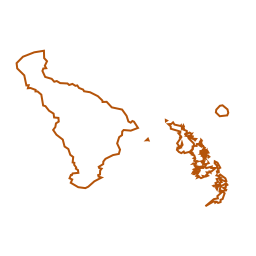 the district of Tojo Una-Una, Sulawesi Tengah, Indonesia, rotated 82°
{"feature_id": "22746128B20933115656615", "entity_name": "Tojo Una-Una", "entity_type": "district", "adm_level": 2, "iso_a3": "IDN", "parent_name": "Indonesia", "parent_adm1": "Sulawesi Tengah", "projection": "natural_earth1", "projection_center": [121.803, -0.873], "detail": "fine", "context": "isolated", "style": "outline", "palette": "amber", "viewbox_px": 256, "rotation_deg": 82, "n_neighbors": 0, "source": "geoboundaries", "source_scale": "gbopen_adm2", "svg_char_len": 5764}
<svg xmlns="http://www.w3.org/2000/svg" viewBox="0 0 256 256"><g transform="rotate(82 128 128)"><path d="M152.4,140.7L148.3,138.9L141.8,140.9L135.8,138.0L134.2,134.9L130.7,134.2L129.4,132.6L131.0,125.6L129.3,118.1L122.6,121.2L121.7,122.7L123.1,124.6L121.6,126.7L115.8,127.7L108.9,131.3L105.3,141.2L99.1,145.5L98.7,149.6L97.2,149.6L92.3,153.4L87.3,160.6L85.5,166.4L83.7,167.1L81.5,171.0L78.8,172.3L78.9,174.2L76.6,176.9L77.2,180.3L75.5,181.7L74.1,188.9L71.6,192.0L71.9,194.6L68.7,196.7L65.9,202.9L59.6,204.8L57.3,203.6L57.4,200.7L54.8,201.7L50.6,198.9L47.1,201.3L39.8,200.5L40.0,210.3L42.8,222.1L48.3,229.3L53.6,229.4L61.4,223.4L71.7,222.7L71.8,220.4L74.7,221.6L74.8,219.0L77.4,214.2L78.9,214.5L79.2,212.5L82.9,209.2L93.9,208.9L94.9,206.7L99.9,203.8L103.4,199.7L107.3,199.7L108.3,195.5L112.0,195.7L113.4,198.7L116.9,199.8L119.5,202.4L124.7,199.8L130.4,194.2L137.5,193.4L140.5,190.0L146.5,188.9L149.1,186.3L154.4,187.6L155.0,186.0L157.0,186.4L159.8,184.8L161.0,185.3L162.7,183.4L165.5,183.4L165.3,189.2L166.8,190.1L166.6,191.1L169.7,192.9L171.2,190.4L174.3,192.3L179.7,185.5L181.6,178.6L180.6,175.5L176.1,168.7L173.4,161.1L172.0,163.9L170.5,164.1L170.1,162.2L166.3,161.5L164.6,159.8L163.6,162.1L162.4,162.4L160.3,157.6L157.8,157.1L155.4,154.6L152.7,146.5L152.4,140.7ZM152.5,65.0L146.7,69.4L145.3,69.7L145.0,68.7L144.4,70.2L143.9,66.8L142.7,65.8L142.9,67.0L142.5,66.1L141.1,67.7L142.7,71.9L142.1,72.3L141.7,72.1L141.0,70.3L139.1,70.2L137.1,73.6L133.8,73.3L135.3,74.6L133.8,74.4L131.1,81.5L128.7,82.6L130.0,84.5L129.8,87.6L132.3,85.5L134.7,85.7L138.8,76.7L140.0,76.9L140.2,78.8L143.1,77.0L144.2,77.6L144.1,76.5L144.4,76.4L150.0,81.5L153.7,79.7L153.0,77.7L150.3,76.6L152.3,76.3L154.9,78.9L155.5,80.8L154.7,81.9L156.4,82.6L158.8,80.9L160.3,78.7L159.1,76.1L160.7,75.6L160.1,69.4L159.7,69.6L157.7,67.0L155.2,66.6L155.1,65.9L154.4,65.0L152.5,65.0ZM165.0,54.4L161.7,53.6L162.1,54.0L161.0,54.9L162.2,56.3L163.0,55.4L163.3,56.0L163.8,54.8L163.7,56.8L165.2,56.0L164.8,56.8L166.4,57.4L165.9,58.7L164.8,57.7L165.2,59.5L164.1,57.3L163.8,58.9L163.4,57.7L162.9,58.8L162.1,58.0L162.7,59.8L160.9,59.5L161.0,57.2L159.9,57.0L159.9,55.2L159.3,56.1L157.9,55.8L159.0,55.6L158.3,54.7L154.8,58.0L156.3,58.2L155.0,59.8L153.6,59.5L153.5,62.1L155.3,62.5L154.9,64.8L156.2,66.5L157.8,66.6L160.2,69.0L161.9,67.3L163.7,67.6L164.3,66.2L166.5,65.8L167.1,67.1L168.0,65.8L169.7,67.0L170.4,65.8L171.0,66.5L170.2,64.4L170.8,63.4L171.2,66.0L172.9,65.6L172.9,66.8L174.6,67.2L176.2,66.5L176.6,65.1L175.3,65.5L176.0,63.9L176.9,64.7L177.7,63.1L176.4,62.0L176.8,56.8L174.5,55.4L174.5,58.6L172.0,57.3L172.7,59.1L171.2,60.3L171.0,58.5L169.5,57.1L167.3,57.6L168.7,55.7L166.5,56.6L166.0,56.0L167.3,55.7L166.5,55.8L166.2,53.7L165.0,54.4ZM182.7,51.5L179.8,46.8L179.2,51.0L177.9,50.5L178.6,56.1L176.9,57.6L177.0,59.1L178.0,59.1L177.6,62.4L179.7,63.0L177.2,64.8L179.0,65.6L179.1,66.6L179.1,67.4L179.7,67.0L180.0,69.1L181.2,70.0L180.7,67.3L182.4,68.3L181.9,66.1L180.6,65.7L180.8,63.5L184.9,66.9L185.3,65.2L186.8,66.2L186.3,64.4L187.8,62.7L187.0,59.7L186.1,60.2L186.9,57.8L186.3,55.4L185.4,56.2L186.1,57.8L183.9,55.3L183.0,55.9L183.3,53.7L182.1,53.6L182.8,53.4L183.2,52.9L182.4,53.1L182.7,51.5ZM198.1,37.5L196.4,38.5L198.9,44.5L202.3,45.9L203.0,44.3L203.9,46.0L205.0,44.5L207.9,49.0L210.2,48.8L210.4,52.9L216.2,62.2L212.8,54.0L213.0,52.1L214.1,52.0L213.4,50.4L214.7,49.3L214.2,46.6L212.0,46.3L211.5,44.2L206.1,41.4L203.9,43.1L202.7,39.6L200.6,41.8L200.4,39.5L198.8,39.2L198.1,37.5ZM126.9,26.6L123.4,26.9L118.7,31.2L118.8,33.9L122.1,38.0L124.8,38.8L129.1,35.5L129.3,28.0L126.9,26.6ZM194.2,38.0L191.4,38.6L186.9,43.2L188.4,45.1L190.2,43.1L190.9,47.3L193.7,46.3L194.7,49.0L197.8,47.5L196.6,49.1L197.1,49.8L199.1,47.5L198.0,46.2L196.7,46.9L197.0,44.5L195.0,45.0L194.6,42.9L192.3,44.2L191.8,43.4L194.4,39.1L194.2,38.0ZM180.2,42.2L174.8,44.2L173.1,46.7L174.9,47.1L178.0,44.9L179.5,45.5L180.8,43.9L180.2,42.2ZM184.8,45.8L184.3,44.2L182.9,44.2L183.3,46.0L184.8,45.8ZM147.8,64.3L149.5,63.3L148.3,62.1L147.8,64.3ZM155.4,56.9L152.6,57.7L152.9,58.9L154.2,58.5L155.4,56.9ZM154.8,78.9L153.5,80.4L154.5,81.3L155.1,80.8L154.8,78.9ZM143.1,109.4L141.4,109.8L142.7,111.6L142.8,110.3L143.1,109.4ZM147.2,66.2L145.6,66.7L145.6,67.4L146.1,67.9L147.2,66.2ZM152.6,58.2L151.9,57.3L151.2,58.2L151.8,58.7L152.6,58.2ZM125.4,89.4L126.6,89.5L126.1,88.4L125.4,89.4ZM187.9,45.5L187.0,46.6L187.3,46.9L187.9,45.5ZM161.4,69.7L160.3,69.2L160.8,70.3L161.4,69.7ZM145.0,65.8L145.9,65.3L145.3,65.0L145.0,65.8ZM163.7,52.8L163.6,51.8L162.6,52.2L163.7,52.8ZM179.0,65.9L178.0,66.2L177.9,66.7L178.1,66.3L178.8,67.0L179.0,65.9ZM197.6,51.1L196.9,50.3L197.2,51.5L197.6,51.1ZM167.2,52.0L168.1,52.1L167.8,51.5L167.2,52.0ZM173.4,53.3L174.1,53.5L174.0,53.0L173.4,53.3ZM172.3,68.3L171.7,67.6L172.3,68.5L172.3,68.3ZM150.4,57.3L150.3,56.9L149.9,57.2L150.4,57.3ZM171.9,58.9L172.3,59.1L172.3,58.7L171.9,58.9ZM167.4,55.1L167.4,54.6L166.8,54.9L167.4,55.1ZM180.8,44.8L180.6,44.2L180.5,44.8L180.8,44.8ZM200.5,48.7L201.2,48.4L200.8,48.2L200.5,48.7ZM162.8,68.6L162.6,68.0L162.2,68.6L162.8,68.6ZM142.4,72.0L141.8,72.1L142.3,72.2L142.4,72.0ZM178.4,66.9L178.0,66.9L178.5,67.8L178.4,66.9ZM169.0,56.0L169.4,55.3L168.9,55.9L169.0,56.0ZM173.4,67.4L173.1,66.9L172.8,67.4L173.4,67.4ZM163.0,56.0L162.5,55.9L162.8,56.6L163.0,56.0ZM178.3,68.1L177.8,67.5L178.1,68.4L178.3,68.1ZM181.5,64.8L181.2,64.2L181.2,64.8L181.5,64.8ZM203.4,39.6L202.7,39.4L203.4,39.7L203.4,39.6ZM183.0,68.4L182.6,68.0L182.9,68.7L183.0,68.4ZM134.9,72.8L134.4,72.4L134.1,72.5L134.9,72.8ZM161.7,53.9L161.0,53.9L161.1,54.1L161.7,53.9ZM136.2,73.1L135.2,72.7L136.1,73.2L136.2,73.1ZM156.1,56.0L155.7,56.0L155.3,55.9L155.6,56.1L156.1,56.0ZM136.6,72.9L137.0,72.6L137.0,72.0L136.6,72.9ZM131.7,75.0L131.9,74.9L132.3,74.4L131.7,75.0ZM132.8,73.3L133.4,72.6L132.9,73.0L132.8,73.3Z" fill="none" stroke="#b45309" stroke-width="2"/></g></svg>